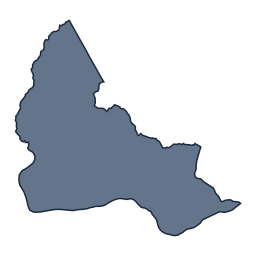 outline of Triunfo, Rio Grande do Sul, Brazil
{"feature_id": "56859067B51125983090537", "entity_name": "Triunfo", "entity_type": "district", "adm_level": 2, "iso_a3": "BRA", "parent_name": "Brazil", "parent_adm1": "Rio Grande do Sul", "projection": "equal_earth", "projection_center": [-51.557, -29.812], "detail": "fine", "context": "isolated", "style": "filled", "palette": "slate", "viewbox_px": 256, "rotation_deg": 0, "n_neighbors": 0, "source": "geoboundaries", "source_scale": "gbopen_adm2", "svg_char_len": 3004}
<svg xmlns="http://www.w3.org/2000/svg" viewBox="0 0 256 256"><path d="M163.8,232.6L166.2,233.8L168.2,234.2L171.3,234.9L174.1,235.6L177.8,235.2L179.6,234.1L182.5,232.5L186.5,229.4L194.2,227.5L200.3,223.1L202.7,219.7L219.8,211.6L224.1,212.4L225.9,212.0L228.4,211.4L230.9,210.6L233.3,209.3L234.7,208.0L238.3,205.2L240.6,203.4L238.7,202.0L235.3,201.6L233.0,201.4L231.4,200.2L229.5,199.7L225.3,200.3L222.5,201.6L220.9,201.2L218.7,196.5L215.6,193.2L214.0,189.1L213.0,187.7L211.8,187.0L203.8,181.9L200.9,178.9L197.4,178.4L195.5,177.0L194.7,175.3L194.7,172.9L196.2,168.9L196.1,165.6L196.7,160.9L198.4,154.8L200.8,146.9L194.9,143.5L194.2,145.1L192.9,144.8L191.5,145.3L189.4,144.8L184.5,144.4L183.5,143.4L182.1,144.6L179.6,143.7L176.2,144.4L173.7,144.1L172.0,145.6L170.7,146.7L168.8,147.8L167.2,147.2L165.0,148.0L162.8,147.9L160.8,144.2L159.4,141.5L157.5,140.6L156.0,138.5L154.5,138.6L152.6,138.0L150.5,138.1L142.4,135.2L140.8,133.5L138.9,135.3L137.6,134.9L136.7,132.2L135.3,129.8L135.4,127.1L134.5,125.3L133.1,124.3L130.9,122.1L129.9,117.0L128.9,115.0L127.3,113.2L126.3,111.3L123.9,109.1L122.6,108.6L120.5,108.6L119.8,106.9L117.0,105.7L114.7,104.7L110.8,108.5L109.1,108.2L106.8,111.5L105.0,109.6L103.4,108.4L97.9,108.2L94.3,105.7L95.3,103.0L95.1,98.2L93.4,94.0L95.4,91.9L98.0,91.1L98.9,88.6L98.9,85.9L99.4,83.9L101.5,82.2L103.8,81.9L101.6,78.3L89.4,56.7L86.6,51.4L69.2,20.4L67.5,21.5L65.9,22.0L65.0,23.8L62.4,24.8L61.2,25.8L59.7,25.3L59.3,28.9L58.3,30.4L55.8,31.6L54.2,31.4L51.8,32.7L50.7,34.2L48.9,36.1L48.7,39.2L47.6,40.1L45.8,39.6L44.7,41.1L44.0,43.0L44.1,47.8L43.7,49.5L42.4,50.6L40.7,51.6L40.5,55.3L38.7,57.4L37.6,59.7L36.3,60.4L34.5,61.5L32.7,64.6L32.5,67.8L31.2,69.2L32.0,71.8L33.4,74.6L32.9,78.3L33.9,80.1L33.7,85.8L32.2,87.7L29.2,89.7L27.9,92.3L25.4,94.6L25.2,96.3L24.0,97.7L22.4,99.7L20.7,102.0L19.9,105.2L20.7,107.7L19.1,110.9L17.7,113.9L15.8,116.3L15.9,118.5L15.4,120.3L16.6,122.6L16.4,126.3L16.9,128.6L15.6,131.6L18.1,134.7L19.8,136.3L20.0,139.0L21.6,141.1L23.3,141.8L24.6,140.9L25.3,142.5L28.5,142.3L28.7,145.6L27.7,148.1L29.1,150.1L33.1,152.4L34.9,156.1L34.9,159.0L33.8,161.7L32.8,163.1L30.7,165.1L25.9,168.6L22.1,170.7L19.3,174.8L18.9,180.2L19.2,182.2L19.7,184.8L24.0,192.0L25.2,195.2L26.6,199.5L27.9,205.5L28.8,208.0L29.9,210.3L31.6,211.1L33.7,212.1L35.0,212.1L36.8,212.1L38.3,212.1L40.0,212.0L42.7,211.6L45.1,211.1L49.3,210.4L52.4,209.9L54.5,209.5L58.3,209.3L61.3,209.5L73.1,210.6L75.4,210.1L79.7,209.5L83.5,209.2L87.3,208.7L89.0,208.0L91.4,207.4L93.7,207.0L95.3,206.4L97.1,206.3L98.4,206.4L99.8,206.3L101.3,206.1L102.7,205.8L104.4,205.3L106.1,204.5L107.5,203.4L109.2,202.4L111.3,201.3L113.7,200.1L116.3,199.2L119.2,198.5L121.7,198.6L124.1,199.0L125.9,199.4L127.8,199.2L129.5,198.9L130.8,198.7L132.2,199.0L134.1,200.0L136.1,201.8L137.9,204.0L141.1,207.2L142.8,207.8L144.5,207.9L147.3,209.3L148.9,210.8L151.3,211.8L151.9,213.9L153.3,215.6L155.0,217.6L156.5,219.9L157.3,222.6L157.9,225.2L158.9,227.9L160.2,229.7L161.7,231.3L163.8,232.6Z" fill="#64748b" stroke="#1e293b" stroke-width="1.5"/></svg>